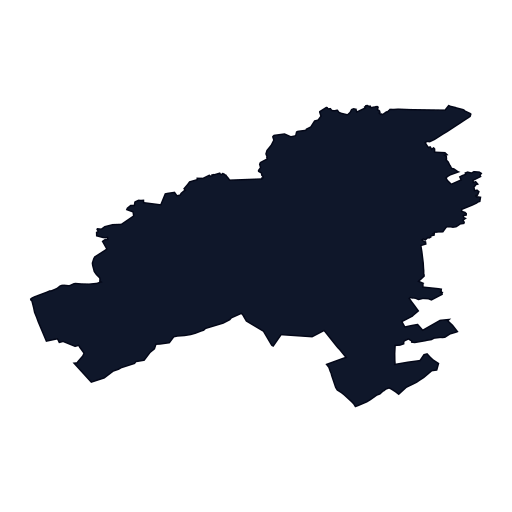 the district of Ļaudonas pag., Madona, Latvia
{"feature_id": "27541924B83547465612872", "entity_name": "Ļaudonas pag.", "entity_type": "district", "adm_level": 2, "iso_a3": "LVA", "parent_name": "Latvia", "parent_adm1": "Madona", "projection": "natural_earth1", "projection_center": [26.187, 56.69], "detail": "fine", "context": "isolated", "style": "filled", "palette": "ink", "viewbox_px": 512, "rotation_deg": 0, "n_neighbors": 0, "source": "geoboundaries", "source_scale": "gbopen_adm2", "svg_char_len": 6065}
<svg xmlns="http://www.w3.org/2000/svg" viewBox="0 0 512 512"><path d="M365.8,105.8L365.8,106.2L364.7,107.0L365.5,107.8L365.4,107.9L356.9,112.0L355.7,109.4L355.8,109.3L353.7,108.8L352.0,109.4L351.5,109.8L350.2,112.4L347.7,114.7L347.3,114.8L341.1,113.3L338.8,112.3L337.5,110.4L337.2,110.2L334.6,110.8L332.1,110.6L331.4,110.1L330.4,108.7L328.5,108.9L327.9,108.7L327.2,107.7L326.7,107.5L326.3,107.5L319.8,111.6L319.7,112.0L321.0,116.2L318.1,120.1L314.6,121.0L310.8,127.0L306.4,129.2L306.1,130.1L305.4,130.4L297.8,131.4L296.6,132.0L295.8,135.4L294.9,136.0L290.8,136.8L284.5,134.0L274.1,135.4L273.3,136.1L272.8,136.8L273.9,140.1L271.3,145.2L267.0,150.5L266.0,153.9L267.2,157.1L266.8,157.7L267.4,158.6L267.4,158.9L260.4,162.6L259.7,164.3L260.6,167.7L258.7,170.2L258.5,170.9L258.7,171.4L261.5,173.0L261.8,175.2L263.2,176.8L263.1,177.7L261.9,178.0L261.8,179.0L229.6,180.2L228.3,178.3L226.0,175.6L226.0,175.3L224.2,174.5L224.2,174.2L223.7,174.1L222.8,173.5L222.6,173.6L221.7,174.5L221.2,174.7L220.0,173.8L219.7,173.2L214.3,174.8L213.8,174.6L212.1,175.0L212.4,175.6L210.8,176.3L210.5,176.3L209.3,175.3L203.0,178.4L197.2,178.3L197.3,179.6L196.9,179.8L189.6,181.9L187.7,184.5L184.1,188.7L185.3,190.3L184.3,190.7L181.1,193.4L180.3,195.1L176.9,195.8L174.5,192.4L167.7,193.4L165.3,193.9L160.8,204.9L143.6,202.7L143.5,200.3L140.9,200.5L138.6,200.3L135.1,201.9L134.9,202.3L134.4,205.5L130.7,205.5L127.4,208.2L126.8,209.6L133.1,211.9L133.7,216.0L121.4,224.4L112.7,224.7L104.8,226.7L101.4,229.2L97.4,228.8L97.1,229.5L98.0,230.7L98.2,231.7L96.6,232.4L96.7,235.8L103.1,237.5L105.6,237.7L107.5,237.4L107.9,239.4L104.8,239.8L102.6,241.4L106.9,249.0L105.3,250.2L94.8,256.9L93.8,258.7L92.4,263.1L92.7,265.4L94.3,271.5L96.4,274.5L99.7,277.8L99.9,278.3L100.0,279.9L99.8,281.2L100.0,281.5L101.0,282.0L97.0,283.4L89.0,284.2L81.3,284.0L75.4,283.5L73.8,283.8L70.1,285.5L69.0,285.8L64.2,285.3L61.9,285.4L60.0,286.1L57.3,288.3L55.0,289.4L51.6,290.8L50.5,291.0L49.9,290.9L46.4,292.4L34.9,296.7L32.1,298.0L30.7,299.1L30.9,300.0L31.8,300.7L32.1,301.5L33.7,307.8L34.6,312.3L36.7,317.4L38.2,321.6L46.4,341.1L57.3,338.8L58.0,339.7L59.3,342.4L63.1,341.4L75.1,346.3L78.7,345.3L79.8,347.3L84.1,353.2L82.8,356.0L77.9,361.7L77.2,362.9L74.1,363.2L91.3,382.1L104.2,377.9L113.1,371.1L118.6,369.2L121.1,367.7L134.5,363.4L135.8,361.6L144.1,360.2L150.0,352.4L154.4,348.8L155.9,344.2L160.0,344.0L169.3,342.7L173.7,336.8L177.3,336.0L184.5,335.5L190.7,334.5L195.3,333.2L201.0,331.0L203.6,330.2L205.5,328.4L223.1,323.1L229.7,319.7L231.3,317.8L241.4,313.3L244.0,316.3L243.7,316.4L243.8,316.6L246.4,321.0L263.5,331.2L271.5,344.8L272.0,345.4L273.2,346.0L281.1,334.6L312.1,336.7L324.0,330.5L324.9,331.4L336.5,346.0L338.1,347.9L339.6,349.4L346.1,357.4L343.3,358.3L326.6,364.4L328.9,367.3L330.2,371.1L331.2,373.4L331.7,375.5L335.7,387.4L337.3,390.0L341.3,392.5L344.1,394.7L351.7,401.7L353.8,403.9L355.4,406.5L357.9,405.6L366.8,401.8L370.4,399.6L376.7,395.1L379.9,393.9L383.0,391.0L383.7,390.8L385.8,389.1L389.3,387.8L389.5,388.1L391.3,389.0L395.5,391.7L398.7,394.2L406.2,387.3L416.6,382.2L419.2,380.4L423.7,377.5L431.7,370.7L436.7,370.0L438.5,363.5L433.1,360.0L430.0,357.1L427.1,353.9L424.0,354.7L420.0,360.6L408.0,362.2L394.7,364.5L395.0,363.1L394.8,360.5L394.7,353.4L395.1,345.4L399.9,345.1L403.7,343.8L403.7,342.0L404.0,341.2L404.7,340.7L408.5,338.9L410.4,340.2L411.8,341.0L411.7,342.1L414.7,342.5L425.2,340.7L427.3,340.2L431.3,339.6L434.1,338.1L440.1,337.4L442.7,337.5L444.9,337.2L450.0,333.9L455.8,332.2L457.4,331.6L452.5,325.3L447.7,320.8L449.1,319.5L440.1,320.4L422.7,330.3L417.6,324.5L411.9,325.5L404.8,327.0L401.8,321.6L412.5,316.0L412.6,315.7L418.3,310.9L413.4,304.2L411.6,301.9L411.4,301.9L411.5,301.7L409.2,298.4L410.1,297.5L412.6,298.0L413.2,297.9L415.5,298.2L418.5,299.5L422.8,298.4L428.4,298.7L431.4,299.9L442.1,294.3L441.9,293.5L442.3,292.6L440.5,292.5L440.5,291.6L441.3,291.3L441.1,290.6L441.3,289.2L438.1,288.7L422.9,287.1L422.9,283.5L423.1,283.3L418.5,281.3L419.7,280.0L420.2,279.8L424.1,276.1L424.0,274.6L423.7,274.0L423.7,270.5L423.5,268.4L423.2,263.1L421.8,251.6L420.8,245.5L425.8,244.0L425.5,241.9L424.5,241.9L421.9,240.0L423.4,238.9L425.2,240.0L427.9,237.5L429.0,238.0L430.8,237.0L430.6,236.1L431.0,235.8L434.1,235.1L434.2,234.8L433.1,233.7L434.3,233.4L434.5,232.2L435.0,232.1L437.0,232.1L437.4,231.9L442.8,231.8L445.5,228.1L446.4,227.0L446.9,226.8L450.8,226.8L452.9,227.2L456.1,226.7L458.1,225.4L460.2,223.9L463.8,223.4L464.2,222.2L462.8,220.2L465.4,218.4L463.6,217.6L463.3,215.6L466.2,215.0L466.2,213.5L465.2,213.1L465.2,212.6L465.0,212.4L461.6,211.4L461.8,209.2L462.6,209.0L472.4,205.0L476.4,203.1L478.1,201.9L479.8,201.4L480.5,197.3L477.8,196.9L476.5,196.9L475.6,195.9L475.9,195.4L477.4,195.2L478.9,191.7L477.1,190.2L474.5,190.6L473.9,186.9L475.2,185.7L475.2,184.9L477.7,184.1L475.6,181.7L473.3,182.6L473.0,180.3L480.6,176.5L479.9,175.2L481.3,173.4L479.2,172.1L473.9,171.7L471.5,173.1L467.6,172.1L465.3,173.0L465.7,174.4L462.3,175.6L459.8,176.9L461.2,179.9L451.3,184.3L447.3,180.4L446.3,178.5L445.7,178.0L448.2,176.0L450.3,174.8L458.4,171.9L457.7,171.6L454.0,169.0L453.8,169.1L453.5,168.8L451.5,168.4L450.3,165.9L449.7,165.2L448.2,162.0L445.9,159.6L446.5,159.1L446.3,156.4L444.6,155.2L447.0,154.7L444.9,152.7L434.6,152.2L434.6,149.0L433.6,147.9L431.6,149.4L430.3,147.0L430.1,146.9L428.5,147.6L427.1,145.8L425.1,142.6L427.1,141.4L429.7,141.7L434.5,139.4L443.1,133.9L447.0,131.6L470.1,116.4L470.8,114.1L470.1,113.5L464.8,111.0L464.0,110.1L462.9,109.6L454.4,107.4L454.5,107.3L450.2,106.3L448.7,105.6L445.0,110.2L410.8,109.7L398.1,109.2L393.7,109.5L390.0,109.4L389.4,110.2L388.4,110.9L388.0,111.6L387.3,111.9L387.4,112.2L387.2,112.3L386.8,111.9L386.4,111.9L383.0,114.4L382.2,114.6L381.8,114.1L381.4,114.0L380.4,114.4L380.1,113.8L379.3,113.2L379.9,112.7L379.5,112.2L379.7,111.3L379.3,110.9L379.0,110.5L377.6,109.9L377.5,109.6L377.8,108.4L377.7,107.8L378.0,107.4L377.8,107.2L377.8,106.8L377.5,106.6L376.1,106.6L375.0,107.0L373.2,107.2L371.9,107.6L371.0,107.7L370.2,107.4L370.5,106.6L370.1,106.1L368.9,106.5L367.6,105.6L367.1,105.5L365.8,105.8Z" fill="#0f172a" stroke="#020617" stroke-width="1.5"/></svg>